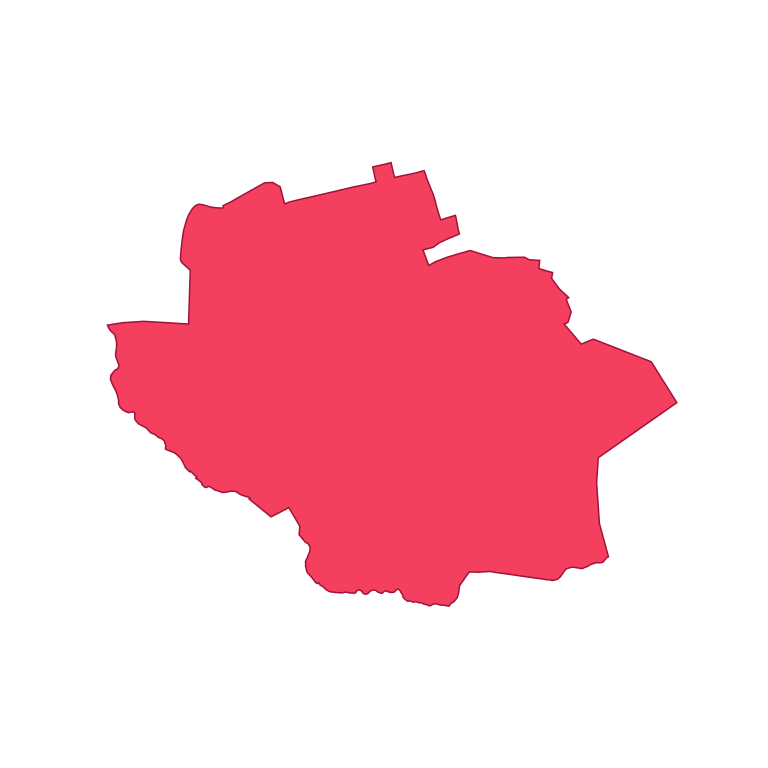 the district of Sitalá, Chiapas, Mexico, rotated 22°
{"feature_id": "50627088B7924779316969", "entity_name": "Sitalá", "entity_type": "district", "adm_level": 2, "iso_a3": "MEX", "parent_name": "Mexico", "parent_adm1": "Chiapas", "projection": "albers", "projection_center": [-92.346, 17.038], "detail": "fine", "context": "isolated", "style": "filled", "palette": "rose", "viewbox_px": 768, "rotation_deg": 22, "n_neighbors": 0, "source": "geoboundaries", "source_scale": "gbopen_adm2", "svg_char_len": 6170}
<svg xmlns="http://www.w3.org/2000/svg" viewBox="0 0 768 768"><g transform="rotate(22 384 384)"><path d="M213.9,240.1L205.4,238.8L197.9,242.2L178.0,267.0L174.2,272.0L172.1,274.3L171.4,275.3L170.5,275.9L170.2,276.3L169.4,277.5L168.6,278.3L168.1,278.7L168.2,279.1L168.3,280.0L168.5,280.5L168.5,281.4L162.3,283.5L156.7,284.9L154.8,285.1L152.4,285.3L148.7,285.7L145.1,286.6L142.9,288.6L141.5,290.8L140.4,294.2L139.5,300.4L139.5,306.1L140.7,317.0L143.3,327.6L146.2,337.6L148.4,344.5L150.7,347.0L161.8,351.2L180.3,401.6L137.7,415.9L118.9,425.0L105.5,433.0L108.0,435.4L110.4,437.0L113.0,438.1L115.6,439.0L117.7,441.6L120.0,444.8L121.4,447.8L122.7,451.8L123.8,456.8L125.2,459.3L128.8,463.3L131.4,466.0L131.4,469.5L129.1,472.4L127.5,478.2L128.6,482.2L133.0,486.7L137.2,490.2L140.9,494.1L142.8,496.7L144.2,498.9L145.2,501.6L147.5,504.0L148.8,504.8L152.2,506.1L155.0,506.3L157.9,506.3L160.4,504.5L162.1,503.8L163.7,504.2L164.8,506.8L165.8,509.5L168.3,511.5L171.3,512.8L175.0,513.3L177.6,513.5L179.9,513.8L182.6,515.0L185.9,516.6L189.6,516.6L192.3,517.0L194.6,518.0L198.3,518.0L201.4,518.9L204.6,522.7L205.8,526.3L215.7,526.3L218.3,527.1L221.3,528.3L223.6,529.2L227.7,532.6L231.5,536.1L235.7,537.8L236.8,538.2L237.1,537.3L245.4,540.6L244.8,542.0L248.7,542.8L251.9,543.9L252.5,544.9L253.3,545.6L254.2,546.1L255.0,546.3L255.9,546.7L256.7,546.8L257.7,546.7L258.5,546.1L259.2,545.0L260.2,544.6L261.6,544.5L262.8,544.8L264.6,545.1L266.3,545.5L267.7,545.7L269.2,545.3L270.3,545.3L271.6,545.2L274.2,545.2L276.0,544.6L277.5,543.8L279.3,542.8L279.9,542.2L281.1,541.3L282.0,540.8L283.5,540.2L285.1,539.6L286.6,539.3L288.1,539.4L289.9,539.8L291.7,540.2L293.4,540.2L294.6,540.3L295.9,540.1L297.1,540.2L297.6,540.1L298.9,539.8L299.6,539.8L300.4,539.7L301.2,539.6L301.5,539.9L302.5,540.0L302.1,541.2L329.0,549.5L342.1,534.3L359.3,547.5L361.7,555.5L370.9,560.4L372.8,560.2L374.5,561.3L376.1,562.5L376.9,563.6L377.9,567.0L377.8,570.9L378.0,573.2L377.8,574.6L377.7,576.5L377.7,578.2L379.0,580.7L379.5,582.3L380.8,584.1L381.5,585.1L382.2,586.2L383.4,587.4L384.5,588.1L386.0,588.7L387.6,589.5L389.5,590.4L390.8,591.2L392.6,592.2L395.1,593.8L397.3,593.9L397.8,592.7L400.1,594.3L402.7,594.7L405.5,595.6L407.7,596.5L409.1,596.6L410.9,596.8L412.1,596.8L413.2,596.5L414.5,596.2L415.1,595.8L416.9,595.6L418.3,595.0L419.7,594.7L421.8,593.9L423.5,593.4L424.5,592.6L425.9,591.6L427.4,591.0L428.9,590.9L430.2,590.7L431.1,590.5L432.1,589.9L433.0,589.6L434.2,589.4L435.1,589.0L436.0,587.9L436.2,586.7L436.6,585.4L437.0,584.8L437.7,584.5L438.7,584.2L440.1,584.2L441.2,584.7L442.1,585.4L443.1,585.9L443.8,585.9L444.8,586.0L445.7,585.7L446.6,585.3L447.3,584.7L448.3,582.6L449.1,580.9L449.6,580.4L450.4,579.4L451.8,578.9L452.8,578.6L453.5,578.5L454.3,578.5L454.8,578.7L455.6,579.1L456.3,579.2L457.3,579.2L458.9,579.2L459.7,579.1L460.6,578.8L460.8,578.4L461.3,577.6L461.6,576.8L461.9,576.1L462.5,575.6L463.0,575.3L463.7,575.1L464.9,575.1L465.6,575.1L466.5,575.1L467.2,575.0L467.7,574.8L468.6,574.6L469.3,574.4L469.9,574.1L470.6,573.6L471.3,573.2L471.7,572.8L471.9,571.9L472.2,571.0L472.5,570.4L473.1,569.7L473.7,569.1L474.6,569.0L475.5,569.2L476.4,569.7L477.0,570.2L477.7,570.7L478.0,571.2L478.6,571.5L479.3,571.8L480.1,572.4L480.4,573.0L482.0,575.0L483.3,575.4L483.8,575.6L484.9,575.9L485.5,576.2L487.0,576.6L487.4,576.5L488.2,576.0L488.7,575.6L489.6,575.3L490.0,575.3L491.2,575.4L492.6,575.4L493.5,575.0L493.8,574.7L494.6,574.1L495.8,573.8L498.5,573.8L500.2,572.8L502.2,573.2L503.1,573.0L503.7,573.0L504.6,572.9L505.9,572.7L507.3,572.6L507.9,572.7L508.7,572.8L510.0,572.3L510.5,571.7L511.1,570.9L512.0,569.8L513.3,568.9L513.7,568.5L515.1,568.2L516.7,568.0L518.1,568.0L519.2,567.8L519.8,567.6L521.0,567.0L521.9,566.8L522.9,566.7L524.1,566.3L525.2,566.2L525.9,566.1L526.3,565.9L527.0,565.8L527.6,565.5L527.8,564.5L527.9,563.5L528.3,562.7L528.5,562.2L529.0,561.3L529.5,560.8L530.2,559.8L530.5,559.2L532.0,554.4L531.3,549.1L529.6,542.8L533.4,526.5L536.7,525.1L542.4,523.0L543.7,522.4L544.1,522.1L544.7,521.6L547.0,520.8L548.8,519.8L550.4,519.1L552.1,518.3L553.6,517.8L554.7,517.7L556.4,517.2L558.1,516.9L569.9,513.9L585.9,510.0L601.2,506.2L604.3,505.3L606.3,505.0L607.4,504.6L608.1,504.6L609.5,503.9L610.4,503.7L612.0,503.5L612.8,503.2L613.6,503.2L614.6,502.3L614.9,502.3L616.0,501.6L616.6,501.2L617.1,500.7L617.9,500.1L618.5,499.4L619.0,498.0L619.7,496.7L619.9,496.0L620.3,494.5L620.5,493.1L620.9,491.6L621.3,490.3L621.4,489.3L621.8,488.1L622.4,487.2L623.4,486.1L627.5,483.0L629.5,482.6L630.4,482.6L632.2,482.0L634.2,481.5L635.1,481.4L636.3,481.2L636.7,480.9L637.5,480.4L638.0,479.8L638.7,478.9L639.1,478.6L640.5,477.5L641.5,476.5L642.5,474.8L643.0,474.2L644.6,472.8L645.1,472.1L646.5,471.5L647.0,470.6L648.3,469.8L649.7,469.6L650.6,469.0L651.5,468.7L653.3,467.6L654.2,466.0L654.6,464.6L654.8,464.0L655.0,463.2L655.4,462.1L655.7,461.2L656.9,460.2L635.9,432.5L629.9,420.1L618.1,395.8L610.3,372.1L610.3,371.8L610.8,371.3L662.5,291.6L623.5,263.3L566.8,263.9L561.3,264.0L551.8,273.1L528.7,261.0L531.5,257.9L530.6,247.1L521.2,237.2L522.9,234.7L511.1,230.2L499.8,223.2L498.6,217.5L491.8,218.3L484.3,218.9L482.1,211.1L472.2,214.4L466.8,213.8L450.9,220.5L448.3,222.1L441.4,224.6L437.9,226.0L413.7,228.0L410.8,230.4L404.9,234.9L402.3,237.0L398.3,240.2L396.0,242.0L393.3,244.4L389.2,248.3L389.0,248.5L387.2,250.0L385.3,252.1L384.4,253.3L383.6,254.2L381.1,257.3L378.0,254.0L374.8,250.4L369.9,245.1L378.4,238.8L382.7,231.9L384.3,230.3L385.6,228.9L387.7,226.6L392.6,221.7L394.9,219.5L397.1,217.3L397.7,216.6L396.9,215.5L394.9,212.9L391.2,207.1L387.5,201.4L387.0,200.9L385.7,201.9L378.7,207.6L375.1,210.6L372.8,207.8L372.0,206.9L369.2,203.5L364.4,197.3L362.7,194.7L359.8,191.2L358.1,189.2L356.6,187.7L354.9,186.0L352.6,183.6L348.4,179.2L347.0,177.8L343.8,173.9L341.4,171.2L339.0,172.7L337.9,173.7L335.2,175.8L329.8,179.5L322.8,184.1L321.0,185.4L318.0,187.4L316.4,188.6L314.4,185.7L310.5,180.3L308.4,177.2L307.6,176.1L304.7,178.2L304.4,178.5L299.0,182.3L298.4,182.7L296.7,183.9L296.3,184.1L292.2,187.0L299.4,197.5L300.9,199.5L296.3,203.2L283.8,211.5L283.5,211.6L249.8,235.4L237.7,243.8L233.5,246.8L231.1,248.5L229.4,249.8L227.1,251.5L224.7,254.2L222.8,252.1L213.9,240.1Z" fill="#f43f5e" stroke="#9f1239" stroke-width="1.5"/></g></svg>